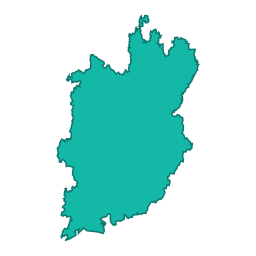 the district of Natore, Rajshahi, Bangladesh
{"feature_id": "16705992B43065208682222", "entity_name": "Natore", "entity_type": "district", "adm_level": 2, "iso_a3": "BGD", "parent_name": "Bangladesh", "parent_adm1": "Rajshahi", "projection": "equal_earth", "projection_center": [89.103, 24.393], "detail": "fine", "context": "isolated", "style": "filled", "palette": "teal", "viewbox_px": 256, "rotation_deg": 0, "n_neighbors": 0, "source": "geoboundaries", "source_scale": "gbopen_adm2", "svg_char_len": 5695}
<svg xmlns="http://www.w3.org/2000/svg" viewBox="0 0 256 256"><path d="M140.6,16.7L139.2,21.3L139.8,25.9L138.8,26.2L140.0,27.2L139.8,28.0L137.9,29.4L136.8,28.1L136.6,29.8L135.9,28.2L135.5,29.1L136.1,30.9L135.3,31.2L135.1,32.8L134.1,34.0L132.8,33.2L131.0,35.5L130.7,34.4L129.7,33.8L129.0,34.5L129.7,35.9L128.9,36.4L129.9,38.0L129.4,39.4L130.2,40.7L129.2,41.4L129.3,44.4L128.8,45.6L129.5,46.3L128.5,47.6L129.8,47.9L128.4,49.3L128.3,50.9L130.1,53.0L130.2,53.9L131.0,53.9L131.1,55.1L130.4,56.3L131.1,58.0L130.7,59.2L130.8,63.2L129.0,64.9L129.8,65.7L128.9,67.0L128.6,69.0L129.2,71.2L127.3,72.5L126.6,70.5L125.4,70.0L125.1,71.9L124.2,72.3L123.7,74.3L119.9,74.3L118.5,72.3L116.2,74.0L113.1,70.1L111.1,69.6L108.9,65.0L107.2,65.3L105.7,68.0L103.9,67.5L102.4,65.5L104.3,63.8L103.9,62.0L99.3,59.3L98.8,59.7L96.6,57.1L94.2,56.1L92.8,54.5L90.6,55.2L90.2,60.2L90.8,62.0L90.6,67.2L90.0,68.7L87.5,69.9L86.2,69.7L84.1,73.3L82.8,73.2L82.4,72.3L78.6,70.0L78.2,70.9L75.9,71.6L74.8,73.1L72.9,72.9L71.6,73.7L72.0,77.6L69.6,76.5L68.9,76.9L69.0,75.4L67.8,77.2L68.1,79.0L67.7,78.5L66.7,79.1L67.2,79.6L66.9,80.1L68.0,81.0L69.3,79.7L70.9,79.4L72.0,80.6L71.9,82.7L75.9,81.6L77.7,82.0L79.4,80.5L80.2,81.0L80.7,82.9L79.8,83.6L79.1,85.6L79.8,86.8L77.2,85.4L76.1,86.3L76.3,87.4L75.5,88.7L74.7,87.7L74.1,87.9L73.5,92.2L73.0,92.7L72.6,92.0L71.2,92.3L71.2,94.9L70.5,95.8L72.6,100.8L72.2,102.1L71.2,102.2L70.6,104.0L73.0,106.1L73.3,107.5L71.7,110.2L72.4,111.4L72.1,115.1L72.9,116.0L73.3,117.9L72.0,121.4L72.7,121.4L73.3,122.6L72.2,123.4L70.9,128.8L69.7,131.3L71.5,133.5L70.7,139.3L70.1,139.6L70.2,138.6L68.5,138.9L67.8,140.0L67.7,139.0L66.8,138.6L66.5,139.4L64.7,140.3L65.2,141.2L64.7,141.6L62.8,139.5L61.6,139.3L59.8,142.9L59.2,146.2L57.3,148.4L58.5,153.7L57.8,153.9L57.3,156.2L59.6,159.5L59.2,161.8L61.4,162.1L61.1,161.2L62.9,159.5L64.4,160.5L66.1,163.5L66.3,166.5L68.7,165.8L73.3,167.4L72.5,174.7L73.6,175.8L74.5,179.9L76.8,180.9L77.6,182.4L76.8,183.2L76.9,186.4L75.9,186.3L74.2,187.8L72.5,186.6L71.7,188.3L72.4,189.9L71.4,190.9L69.7,190.7L68.8,192.1L67.5,191.4L66.7,192.2L66.1,191.6L66.4,188.5L66.1,188.2L65.2,188.7L65.6,189.3L64.5,191.7L64.3,195.4L65.2,195.5L65.3,196.8L64.9,198.1L63.6,198.6L64.5,199.4L64.1,200.8L65.7,201.8L64.9,205.1L63.2,206.0L62.6,207.4L64.6,208.6L64.7,209.6L63.6,211.7L61.9,212.2L61.2,215.0L62.9,216.2L63.3,215.3L65.5,215.4L66.8,215.9L66.7,216.9L70.4,216.5L71.2,218.2L70.0,219.6L70.3,220.5L72.8,220.3L69.9,221.4L67.5,228.8L64.7,228.5L62.7,231.5L62.0,235.0L61.2,235.8L61.6,237.6L62.7,236.3L64.4,236.1L67.1,234.5L67.7,237.8L65.1,240.6L67.7,239.3L68.2,239.6L75.8,235.3L75.5,231.9L74.6,232.0L75.5,230.5L79.0,229.2L78.2,230.8L78.3,233.3L83.8,228.0L86.8,230.7L98.0,231.9L103.0,233.4L104.1,231.4L104.1,228.9L103.5,226.3L102.0,224.1L104.7,225.2L105.6,223.5L100.3,223.3L105.3,222.1L103.3,221.9L102.5,220.7L100.7,219.8L100.4,218.9L103.1,217.3L106.3,216.7L108.3,213.7L109.4,213.9L110.5,215.3L110.2,218.7L110.9,222.2L113.0,224.9L114.5,225.3L116.0,224.5L115.6,222.3L117.1,220.8L120.4,221.1L124.2,219.3L124.1,214.9L125.3,215.9L125.8,215.5L127.1,217.9L128.4,218.5L130.4,217.1L132.2,217.3L132.9,215.0L137.9,214.6L137.2,213.0L140.7,214.4L143.7,213.2L146.0,213.3L145.8,212.2L147.4,210.1L147.8,207.2L151.2,201.7L153.0,202.3L154.3,201.2L155.2,202.7L155.8,202.7L157.1,200.5L158.2,200.2L158.6,199.0L160.7,199.4L162.7,197.5L164.9,192.5L163.8,188.6L164.7,188.0L166.1,188.6L167.0,185.2L167.4,184.7L169.1,185.5L169.4,184.8L170.0,181.3L169.5,180.1L167.8,179.9L167.7,176.7L169.1,176.3L170.2,173.0L173.9,174.0L175.0,170.9L177.0,168.2L177.8,165.3L179.3,165.2L180.2,161.9L181.5,161.1L183.1,161.8L183.4,159.6L182.6,156.9L183.2,151.9L186.0,151.9L186.7,150.1L188.0,149.2L189.9,150.1L192.0,147.7L191.9,145.4L192.5,144.2L192.2,143.3L190.6,144.1L190.4,142.0L188.6,140.7L186.9,137.9L185.0,138.8L183.7,134.8L182.1,133.2L183.2,130.4L183.4,125.2L182.1,124.1L182.9,120.3L182.6,117.5L180.5,117.0L179.0,115.0L177.4,114.7L175.3,116.5L173.4,116.2L171.8,114.9L172.1,112.8L172.9,112.5L172.9,111.5L174.1,112.2L174.3,110.4L175.4,110.5L175.3,109.6L176.5,109.7L179.8,106.8L180.3,103.9L181.5,103.7L181.7,101.9L182.3,101.6L181.9,100.8L182.4,100.2L180.9,99.9L182.1,99.6L181.4,98.8L182.5,98.6L182.6,98.0L182.2,96.1L181.3,95.9L182.3,94.2L182.1,92.8L183.3,93.7L183.9,92.1L185.2,91.5L185.3,90.3L186.9,87.7L188.4,87.3L188.7,84.8L188.2,84.2L189.1,84.4L190.2,83.2L190.1,82.3L191.5,81.6L191.4,80.5L192.6,79.6L191.8,78.2L193.3,77.6L193.0,75.7L194.3,75.8L194.3,74.5L195.5,73.7L196.0,71.3L197.6,70.1L197.2,69.6L197.6,66.5L198.7,64.5L197.6,64.4L197.6,63.7L196.9,64.0L197.4,62.7L197.0,62.5L197.6,61.9L196.3,61.8L196.9,60.4L195.5,60.6L196.1,59.9L194.7,58.3L195.1,57.2L194.5,57.2L194.0,53.2L195.0,50.9L195.1,49.3L189.1,49.5L188.6,46.6L188.9,43.5L186.0,43.3L187.0,41.5L185.8,41.3L185.7,40.2L182.9,38.6L181.3,38.9L181.0,37.8L179.4,39.4L178.2,39.0L177.8,37.3L175.2,37.5L174.6,37.8L174.9,39.0L173.5,41.5L172.1,41.3L172.2,42.8L174.0,43.4L173.7,46.8L170.7,48.0L169.6,50.6L168.7,50.6L169.0,52.1L168.4,53.4L169.1,54.9L165.4,56.5L164.6,53.9L163.5,53.1L163.1,49.4L162.1,49.0L163.1,47.7L162.9,43.8L160.5,44.6L159.8,47.2L159.2,43.9L157.1,43.5L157.6,42.3L158.6,41.9L158.5,38.2L160.1,38.0L161.2,35.6L159.3,35.7L159.4,33.2L158.5,32.2L158.0,33.5L156.0,33.0L156.4,30.4L155.5,29.3L153.4,30.2L152.4,32.1L150.7,31.1L150.0,35.3L151.2,35.8L151.4,36.8L150.1,37.6L150.2,40.5L148.9,41.3L146.0,41.4L145.9,42.6L143.7,42.2L145.0,41.6L144.7,40.7L145.1,40.5L144.2,39.7L142.9,39.9L141.9,37.4L141.6,35.0L139.9,32.0L140.8,31.7L140.1,27.4L141.1,26.5L142.7,26.3L142.9,23.6L142.1,23.5L142.5,21.6L145.2,21.0L145.2,22.6L145.9,22.8L147.5,22.6L148.8,21.4L148.5,19.2L147.8,18.3L147.8,16.1L145.9,15.4L144.7,15.7L144.4,17.7L141.9,18.8L141.3,16.0L140.6,16.7Z" fill="#14b8a6" stroke="#0f766e" stroke-width="1.5"/></svg>